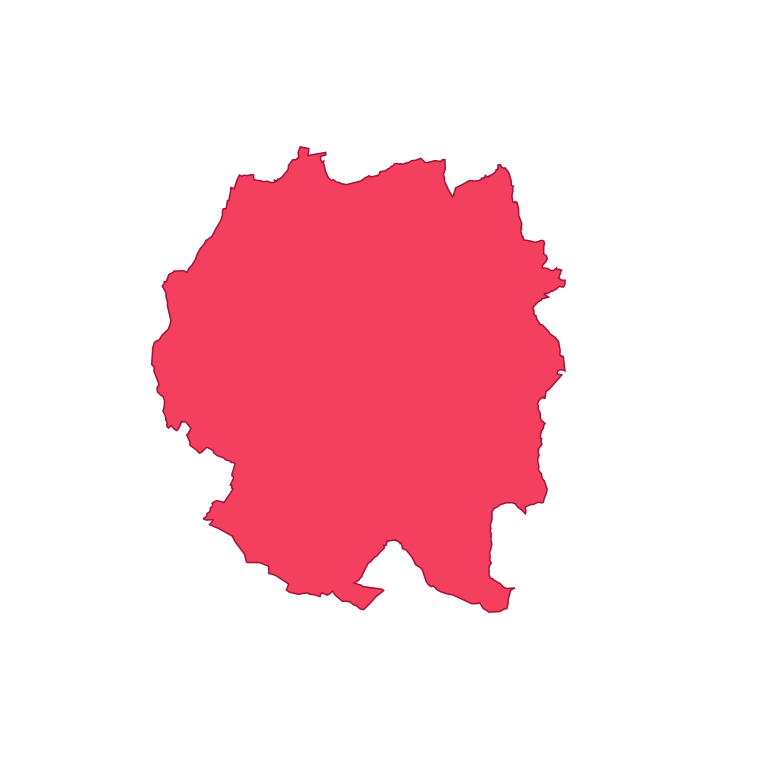 outline of Savadisla, Cluj, Romania, rotated 234°
{"feature_id": "2599482B70181130715167", "entity_name": "Savadisla", "entity_type": "district", "adm_level": 2, "iso_a3": "ROU", "parent_name": "Romania", "parent_adm1": "Cluj", "projection": "orthographic", "projection_center": [23.427, 46.664], "detail": "fine", "context": "isolated", "style": "filled", "palette": "rose", "viewbox_px": 768, "rotation_deg": 234, "n_neighbors": 0, "source": "geoboundaries", "source_scale": "gbopen_adm2", "svg_char_len": 6147}
<svg xmlns="http://www.w3.org/2000/svg" viewBox="0 0 768 768"><g transform="rotate(234 384 384)"><path d="M142.1,370.0L146.3,363.3L147.7,362.1L151.0,360.9L153.4,360.9L161.2,357.6L162.4,357.6L164.5,356.1L165.8,356.2L169.3,357.5L170.0,358.6L172.9,360.2L174.8,362.3L176.3,365.7L179.5,365.9L181.3,368.0L185.8,370.6L187.4,373.1L190.9,377.0L195.6,379.2L197.6,381.1L198.7,381.4L199.5,382.8L202.7,383.5L204.1,385.5L207.1,386.8L211.0,391.8L217.4,396.4L218.6,399.8L217.9,403.7L218.1,406.9L216.3,412.5L212.9,417.6L210.1,419.8L205.5,419.8L201.2,421.3L195.9,422.1L196.9,423.4L201.0,425.9L201.4,427.0L200.0,432.3L198.9,433.7L197.7,439.4L195.1,441.7L194.5,443.4L196.7,445.6L200.4,451.4L203.0,454.2L211.8,456.8L215.0,456.6L218.7,458.6L222.9,458.3L224.8,459.2L225.5,460.4L231.5,463.1L233.6,465.0L235.0,467.7L237.9,468.2L239.9,470.5L240.9,471.0L241.9,475.6L242.6,476.4L245.3,477.4L247.2,479.6L248.4,478.8L250.4,480.2L253.4,484.1L254.7,487.2L256.5,488.7L257.4,491.1L262.4,489.9L265.4,491.0L268.7,493.3L274.4,494.3L274.4,495.2L275.3,496.1L277.5,496.4L279.1,498.6L280.1,502.2L279.8,504.8L278.5,505.0L277.8,505.9L282.7,510.6L282.7,514.6L286.8,533.2L290.0,530.3L291.1,530.5L292.2,531.9L292.2,533.9L290.8,536.6L288.2,538.1L300.5,545.0L302.0,544.6L302.5,543.7L304.3,543.5L307.9,546.4L315.8,550.2L321.2,549.8L327.0,547.8L329.7,548.1L338.8,546.8L340.5,545.4L347.0,545.8L349.8,547.1L352.2,546.3L355.2,548.5L357.5,548.5L358.9,551.3L359.8,556.9L359.4,560.5L360.1,561.7L357.6,568.2L361.9,566.4L362.8,566.9L362.7,567.8L361.4,568.5L361.6,569.5L360.7,570.9L360.9,573.8L359.9,575.3L360.0,576.9L359.5,578.4L359.9,581.5L359.7,583.7L358.3,584.5L357.0,586.3L357.8,588.4L361.4,591.5L364.0,588.5L367.0,587.7L372.0,594.6L372.6,593.6L374.1,592.9L375.6,590.5L376.5,591.5L376.1,588.2L377.2,586.1L381.4,584.1L384.9,580.4L386.7,581.8L387.7,586.5L389.3,589.7L392.0,590.7L395.4,589.7L400.6,593.5L403.7,596.6L405.6,597.3L406.9,596.7L407.8,595.4L409.6,589.6L413.6,586.5L418.6,581.6L421.2,583.0L422.8,582.8L426.8,584.3L428.9,585.8L428.6,586.7L430.1,587.1L432.7,589.7L441.1,592.0L445.9,595.4L451.3,597.8L452.8,598.3L453.4,597.2L454.2,597.6L455.1,595.5L455.6,595.2L460.9,598.0L464.8,602.1L466.7,603.0L467.9,604.9L470.0,603.7L472.6,605.8L475.9,607.2L481.2,609.0L484.5,609.3L484.9,608.8L487.4,609.2L488.5,607.5L490.1,606.5L493.0,607.1L494.2,604.9L490.6,602.3L491.5,600.9L490.0,598.5L489.7,594.6L490.3,593.5L489.9,590.8L490.6,591.0L490.6,589.4L493.2,588.6L491.7,586.5L493.2,583.9L492.4,583.2L492.9,580.1L495.8,575.2L496.6,575.1L498.4,572.5L499.3,564.2L500.6,557.3L495.9,551.1L495.3,549.5L503.1,550.3L513.1,552.3L514.3,553.6L518.5,555.2L521.9,559.9L529.8,565.2L531.2,562.5L530.6,560.9L534.8,556.4L537.3,550.0L538.8,547.5L545.0,546.5L546.3,541.4L548.4,537.6L548.9,533.3L550.0,531.7L550.6,528.2L552.2,527.3L552.8,526.3L552.4,525.8L554.7,524.2L555.6,522.9L555.8,522.0L555.1,518.8L555.8,517.6L555.2,515.6L555.7,514.1L555.6,510.3L557.9,506.1L557.9,504.9L556.8,504.5L556.3,501.9L558.6,496.3L559.5,494.8L561.1,494.6L561.9,490.0L561.9,484.4L567.3,470.9L570.9,467.5L573.5,466.1L575.1,464.3L578.8,463.2L579.8,461.2L583.5,460.2L590.2,461.7L598.4,465.0L599.8,466.4L600.0,464.2L602.4,464.5L605.5,466.4L603.5,471.5L605.6,473.0L613.5,456.9L618.6,461.6L625.1,455.6L622.0,450.8L617.6,448.2L617.3,444.3L619.1,441.8L617.0,435.2L614.5,433.2L613.4,431.3L612.7,427.6L611.5,423.8L611.3,421.0L611.6,418.7L612.2,418.4L611.2,416.3L614.0,415.0L611.9,415.1L611.6,413.5L613.9,410.5L616.5,409.0L618.9,404.9L620.5,404.1L624.8,399.6L625.6,399.1L627.6,399.8L629.8,401.3L631.1,400.2L632.8,396.2L635.3,393.2L635.6,391.2L638.0,389.9L635.4,384.9L630.0,377.6L633.0,375.6L628.8,371.9L623.5,366.0L624.4,365.2L618.6,359.2L619.9,357.6L620.1,356.5L618.0,354.2L615.8,352.8L612.2,348.1L608.7,339.7L604.6,331.7L604.5,325.2L604.9,324.9L602.7,320.0L601.4,314.7L599.0,309.6L595.3,304.0L592.9,298.0L592.5,294.8L590.1,290.2L593.1,288.8L598.8,280.5L598.2,279.2L599.0,275.4L598.9,274.0L594.7,267.9L596.0,266.5L594.6,265.3L593.8,262.6L593.1,262.1L586.0,261.2L582.3,258.7L577.7,257.1L575.0,255.0L560.6,248.9L557.7,245.7L555.0,241.4L554.1,233.5L551.8,228.0L552.8,224.3L552.6,222.7L549.2,218.2L536.3,207.5L532.5,207.9L529.6,205.4L517.3,202.2L515.4,201.1L514.4,198.2L511.1,196.2L506.3,196.8L503.4,197.8L500.1,197.0L496.2,194.1L493.2,191.0L492.2,189.3L486.4,188.3L483.2,186.3L480.2,185.9L478.3,183.9L476.5,183.5L475.0,183.8L475.4,187.3L470.0,188.0L468.1,189.0L468.3,190.9L469.2,191.8L469.4,193.3L472.0,197.0L472.3,198.1L471.8,198.0L471.2,199.9L469.5,201.3L461.5,201.8L461.1,200.4L459.9,198.9L459.9,197.6L458.9,196.9L458.9,194.5L451.0,192.8L448.3,191.0L441.1,193.5L436.7,193.9L436.0,195.7L437.0,203.2L436.0,204.1L430.7,206.6L428.5,205.8L424.0,207.0L418.7,210.8L415.7,211.2L414.0,212.9L411.6,214.3L410.4,214.3L408.2,216.5L406.9,216.6L400.5,208.1L399.2,207.0L397.9,207.8L396.0,206.4L392.5,200.2L391.2,201.2L389.5,199.6L387.9,200.4L382.0,184.6L383.5,184.3L387.9,180.0L388.7,177.1L388.5,174.8L386.5,174.0L385.8,172.7L386.0,171.0L383.0,168.0L383.3,164.8L381.5,163.0L381.1,161.0L381.5,159.3L380.8,158.7L378.5,160.1L374.7,166.0L374.1,165.5L372.7,160.2L364.5,165.2L350.0,171.9L344.2,170.9L328.1,171.1L321.0,168.1L319.8,168.7L312.6,178.4L304.5,183.5L298.2,179.4L297.4,180.7L292.2,184.1L278.1,189.3L274.8,183.9L271.2,185.1L264.0,191.3L262.3,195.2L259.8,199.5L257.9,200.0L254.4,203.8L249.6,207.3L251.3,209.3L251.4,211.1L246.5,214.1L246.2,216.1L246.7,220.8L242.5,220.3L232.6,222.6L231.2,224.9L227.8,228.3L223.1,229.7L220.6,231.4L216.4,232.5L214.5,233.8L213.4,234.9L214.7,243.4L216.7,252.8L217.1,262.3L219.0,261.9L232.6,247.8L234.6,247.3L240.5,242.9L240.1,248.0L241.1,251.6L241.0,252.4L242.5,254.5L248.2,265.7L248.1,268.9L249.4,274.3L249.1,277.3L250.4,282.5L251.0,287.7L253.4,288.9L252.5,289.6L252.5,291.3L255.1,294.3L254.1,295.4L253.0,298.5L251.0,301.0L251.1,301.6L246.6,303.5L245.4,303.2L245.2,304.5L239.9,302.2L236.8,304.4L227.2,304.8L218.9,303.4L213.9,305.5L210.6,305.7L199.4,302.0L195.7,302.0L192.5,302.9L191.4,305.2L186.3,306.0L182.4,307.9L177.8,311.2L172.6,315.9L154.7,325.8L151.5,330.4L150.8,332.9L144.5,332.3L137.7,334.9L131.9,343.8L131.1,349.9L130.0,351.3L133.3,355.1L137.2,358.4L142.8,365.4L142.1,370.0Z" fill="#f43f5e" stroke="#9f1239" stroke-width="1.5"/></g></svg>